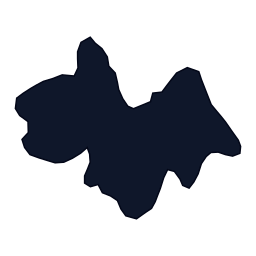 outline of São José da Lapa, Minas Gerais, Brazil
{"feature_id": "56859067B3782991580479", "entity_name": "São José da Lapa", "entity_type": "district", "adm_level": 2, "iso_a3": "BRA", "parent_name": "Brazil", "parent_adm1": "Minas Gerais", "projection": "mercator", "projection_center": [-43.99, -19.696], "detail": "fine", "context": "isolated", "style": "filled", "palette": "ink", "viewbox_px": 256, "rotation_deg": 0, "n_neighbors": 0, "source": "geoboundaries", "source_scale": "gbopen_adm2", "svg_char_len": 1133}
<svg xmlns="http://www.w3.org/2000/svg" viewBox="0 0 256 256"><path d="M90.2,37.2L81.0,42.4L77.6,51.7L77.6,58.7L78.0,67.9L74.2,76.0L62.2,74.9L52.4,78.7L43.4,81.4L36.8,84.9L30.6,88.5L23.3,93.2L16.7,98.1L15.4,108.5L19.7,115.5L28.0,121.6L28.3,132.6L22.0,139.4L24.6,147.5L30.0,154.6L39.1,157.9L48.1,160.7L55.1,162.8L63.8,162.2L72.5,158.2L80.6,153.2L87.2,147.5L89.6,154.0L90.2,162.2L87.6,168.9L84.6,175.9L84.6,183.1L90.4,186.7L98.1,184.5L102.4,192.7L110.5,195.9L117.4,200.5L121.0,209.1L125.8,215.8L136.5,218.8L145.5,212.4L151.5,208.4L155.2,201.7L157.5,195.6L160.3,188.5L163.7,177.7L167.6,169.6L174.4,171.4L180.0,179.1L182.7,185.4L189.1,188.1L193.8,182.0L198.1,173.9L201.4,163.6L206.2,156.5L210.9,152.5L218.2,152.1L225.5,154.6L232.6,156.1L239.9,153.3L240.6,146.4L238.3,140.2L231.6,130.8L225.5,122.0L221.2,116.6L216.8,111.4L211.2,104.6L206.7,93.2L201.4,79.6L198.8,71.7L187.3,67.6L176.6,73.0L171.4,79.6L166.7,85.7L161.9,92.1L152.8,93.1L150.5,101.7L142.8,104.9L133.5,108.7L127.8,106.2L122.8,98.8L118.7,89.6L117.4,82.5L115.2,73.0L108.8,66.2L107.3,56.9L102.0,48.7L95.1,43.1L90.2,37.2Z" fill="#0f172a" stroke="#020617" stroke-width="1.5"/></svg>